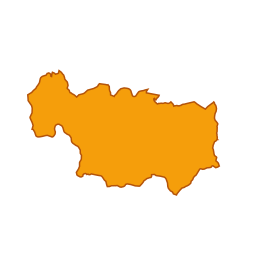 Conop, Arad, Romania (Mercator projection), rotated 159°
{"feature_id": "2599482B88852521299696", "entity_name": "Conop", "entity_type": "district", "adm_level": 2, "iso_a3": "ROU", "parent_name": "Romania", "parent_adm1": "Arad", "projection": "mercator", "projection_center": [21.825, 46.117], "detail": "fine", "context": "isolated", "style": "filled", "palette": "amber", "viewbox_px": 256, "rotation_deg": 159, "n_neighbors": 0, "source": "geoboundaries", "source_scale": "gbopen_adm2", "svg_char_len": 5022}
<svg xmlns="http://www.w3.org/2000/svg" viewBox="0 0 256 256"><g transform="rotate(159 128 128)"><path d="M197.1,200.1L198.8,199.0L199.1,198.7L199.8,198.0L201.5,197.4L202.9,196.9L205.2,195.7L209.7,194.9L210.5,192.1L211.1,190.2L211.4,189.3L210.0,183.4L210.3,180.9L212.1,176.6L215.6,173.2L215.8,172.0L215.5,167.3L215.7,164.3L218.0,161.2L217.1,160.7L216.9,159.6L216.6,157.9L216.6,156.7L216.7,155.1L216.7,153.5L215.9,152.4L215.1,151.9L213.6,151.4L211.1,150.9L207.8,150.5L206.0,150.1L204.3,148.7L202.1,146.8L200.9,146.8L199.6,147.5L198.3,148.5L197.6,149.6L197.2,150.5L197.2,152.1L196.8,153.8L195.4,155.8L193.9,156.7L192.1,156.7L191.0,156.2L190.2,155.1L189.1,154.0L188.7,152.3L188.7,150.9L189.0,148.1L188.8,146.7L188.1,145.7L187.1,144.1L186.1,143.1L185.3,142.2L185.0,141.0L184.6,139.2L185.4,136.3L185.5,135.2L185.0,133.6L182.8,130.3L181.4,128.9L181.0,127.7L180.5,124.5L181.0,123.2L181.6,121.4L181.2,119.2L182.8,115.5L185.5,113.3L186.1,111.9L187.0,109.5L189.0,107.4L192.1,105.1L192.5,102.5L191.9,101.4L191.5,101.0L190.4,99.7L189.4,99.1L188.4,99.1L187.4,99.3L186.8,100.4L186.0,100.9L184.9,100.9L184.1,100.8L183.1,99.8L183.1,99.4L181.8,99.2L181.4,98.6L181.1,98.4L180.4,98.1L179.6,98.1L178.7,98.3L175.4,96.1L172.2,94.1L170.4,93.1L169.7,92.1L169.2,90.2L168.7,87.8L167.8,86.1L168.0,84.4L168.2,82.9L168.3,81.5L168.3,80.7L166.2,80.0L164.0,80.0L162.5,79.4L161.0,78.9L160.1,78.5L158.7,78.2L156.6,75.8L155.6,75.2L153.2,74.9L151.9,75.1L150.3,76.2L148.8,76.1L145.6,74.2L142.0,71.4L138.4,69.7L137.8,69.6L135.3,70.8L133.4,71.9L131.9,73.1L130.2,73.4L128.7,74.0L125.7,73.9L124.3,73.6L123.4,74.3L122.7,76.0L120.0,75.2L118.8,73.5L115.0,71.4L111.7,69.1L111.1,68.2L110.7,66.7L110.8,62.6L111.8,59.1L111.9,57.1L110.9,54.1L109.4,52.3L109.2,50.2L108.5,49.6L106.7,48.1L106.5,48.3L105.7,49.1L102.1,51.2L99.1,52.6L96.7,52.4L95.1,52.8L93.4,52.8L92.7,52.9L91.4,53.1L90.9,53.4L90.0,53.6L89.2,54.0L88.1,55.7L86.1,56.6L84.7,58.2L83.0,59.2L81.9,59.4L81.2,59.7L76.6,63.3L75.8,63.9L74.7,63.9L73.1,62.7L71.4,62.3L68.6,62.5L65.7,61.7L64.6,61.6L64.1,61.8L63.2,62.4L62.7,62.4L62.1,62.1L60.3,59.5L60.1,59.5L58.6,59.4L57.4,59.5L56.4,59.8L56.5,60.6L56.3,61.5L56.3,62.8L56.4,63.2L56.7,63.9L57.1,64.9L57.7,65.8L57.4,66.4L56.9,67.2L55.8,68.6L55.8,69.2L56.4,70.2L56.9,70.9L57.1,71.7L57.0,72.5L56.9,73.6L56.6,74.6L56.4,75.8L56.1,77.1L56.1,78.2L56.2,79.0L55.5,79.8L55.4,80.0L55.2,80.4L54.9,81.1L53.0,83.2L52.6,83.7L51.9,84.3L51.1,84.3L50.3,84.5L49.3,85.2L48.7,85.1L48.9,85.4L48.5,86.2L48.1,87.0L47.8,88.1L47.7,88.8L47.6,89.4L47.1,90.4L47.2,90.8L47.1,91.5L46.1,92.8L45.5,94.3L44.5,96.6L44.4,97.5L43.7,98.4L42.7,99.6L42.8,100.7L42.9,100.9L43.3,102.5L43.9,103.9L43.8,105.4L43.8,106.1L42.8,108.2L41.6,110.2L40.1,111.7L39.7,112.1L39.0,113.4L38.5,114.2L38.1,116.2L38.0,117.9L38.1,118.1L38.4,118.7L38.5,119.7L38.3,120.1L38.3,120.6L38.4,121.0L38.6,121.6L40.4,120.8L40.9,120.9L42.1,120.5L45.2,119.6L45.9,119.4L49.0,117.9L52.1,121.7L52.3,122.0L55.2,126.0L55.3,126.3L56.6,128.5L57.2,128.8L64.5,129.8L66.5,130.0L68.1,130.4L68.8,130.5L69.2,130.4L70.3,130.3L70.5,130.1L71.3,130.3L71.8,130.3L72.2,130.3L72.7,130.4L73.0,130.7L73.7,130.9L74.2,131.5L74.9,131.6L76.0,131.8L77.2,132.0L77.3,132.0L77.2,132.3L77.1,132.6L77.2,132.8L77.3,132.9L77.4,133.1L77.5,133.3L77.4,133.7L77.4,134.1L77.6,134.6L78.6,137.0L79.1,136.8L79.8,136.5L80.6,136.4L81.1,136.4L81.5,136.5L82.2,136.8L82.4,136.9L83.0,137.3L83.5,137.7L83.9,138.0L84.2,138.2L84.7,138.3L85.1,138.3L85.6,138.3L85.9,138.3L86.3,138.4L86.8,138.6L87.2,138.7L87.8,139.1L88.3,139.3L89.3,139.5L89.7,139.6L90.2,139.8L90.6,140.0L91.4,139.8L91.9,139.9L92.1,140.2L92.6,140.8L92.7,141.4L93.1,142.2L93.4,142.7L93.7,143.7L93.8,144.3L93.7,145.4L93.3,146.1L92.7,146.2L92.5,144.8L92.0,144.2L90.4,145.4L89.1,145.9L87.7,146.8L87.2,147.4L98.2,154.2L97.8,155.4L96.9,156.1L95.7,157.0L96.6,157.1L98.0,157.3L99.1,157.4L100.2,157.4L101.1,157.6L102.5,157.9L104.2,158.1L105.2,157.9L105.5,157.6L106.3,157.2L106.7,156.9L107.5,156.4L109.3,155.1L109.9,155.0L110.8,155.1L111.7,155.6L112.1,156.2L112.3,156.7L112.2,157.9L112.2,159.2L112.0,161.6L112.2,162.7L113.0,164.1L113.9,164.9L115.2,165.7L117.3,166.8L118.2,166.9L120.6,167.2L121.4,167.0L121.8,166.6L122.4,166.6L123.4,166.2L124.4,165.6L126.3,164.3L127.2,163.8L128.5,163.3L129.2,162.9L129.6,162.4L132.4,165.1L131.6,167.4L131.8,168.9L131.6,170.5L130.9,172.6L130.6,173.5L131.2,175.6L131.9,175.6L133.3,176.6L138.8,179.6L140.3,178.8L140.5,178.4L142.1,177.6L142.8,177.5L145.1,177.3L145.5,177.2L147.0,177.3L152.1,177.8L156.2,176.2L157.9,176.1L161.9,176.6L164.8,175.3L166.3,178.1L167.0,179.0L167.9,179.9L168.4,181.0L169.3,181.6L169.5,182.6L169.4,184.1L169.5,184.6L170.5,186.5L170.5,187.0L168.7,189.3L168.2,192.6L169.3,195.6L169.5,196.3L169.2,197.8L169.1,200.5L169.6,201.5L170.3,203.9L171.8,206.3L173.2,204.2L173.9,204.0L176.4,204.2L176.9,205.4L178.6,207.1L179.6,205.9L180.9,203.5L181.5,204.2L181.1,205.0L181.0,205.7L181.3,206.8L182.2,207.8L183.0,207.8L184.0,207.9L184.5,207.4L185.8,206.6L186.7,206.8L189.5,206.9L191.3,206.3L192.1,205.6L194.5,202.0L196.6,200.4L197.1,200.1Z" fill="#f59e0b" stroke="#b45309" stroke-width="1.5"/></g></svg>